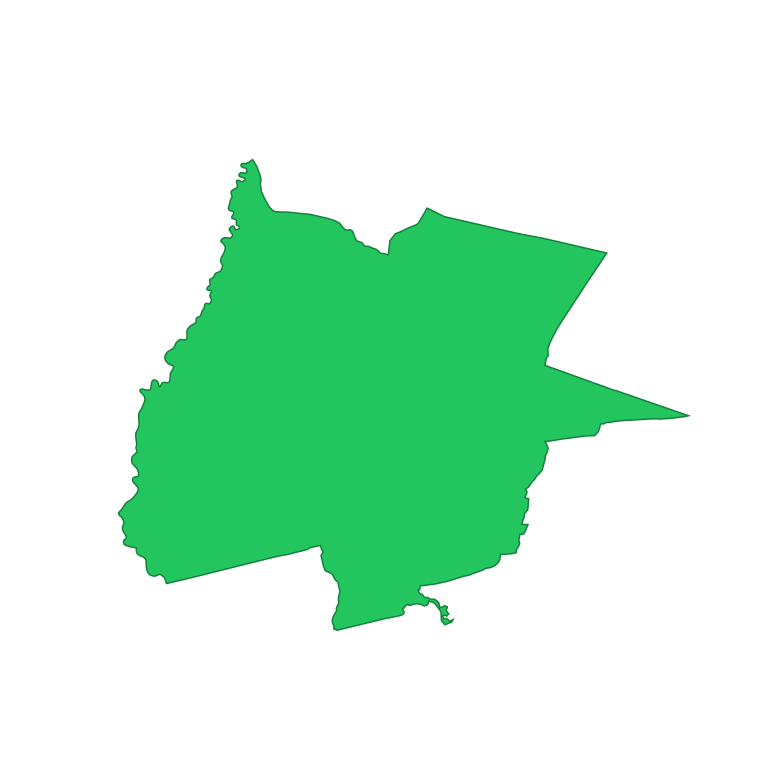 Milagro, Guayas, Ecuador, rotated 77°
{"feature_id": "8360857B82263990527647", "entity_name": "Milagro", "entity_type": "district", "adm_level": 2, "iso_a3": "ECU", "parent_name": "Ecuador", "parent_adm1": "Guayas", "projection": "albers", "projection_center": [-79.569, -2.106], "detail": "fine", "context": "isolated", "style": "filled", "palette": "green", "viewbox_px": 768, "rotation_deg": 77, "n_neighbors": 0, "source": "geoboundaries", "source_scale": "gbopen_adm2", "svg_char_len": 6168}
<svg xmlns="http://www.w3.org/2000/svg" viewBox="0 0 768 768"><g transform="rotate(77 384 384)"><path d="M311.0,142.2L306.5,137.5L277.7,196.4L267.8,219.0L234.5,287.5L222.3,302.4L233.7,313.0L235.2,314.7L236.0,316.3L237.5,325.5L239.6,334.9L240.1,339.0L246.0,346.3L248.0,346.7L259.2,350.9L258.5,352.4L257.7,353.0L256.7,355.1L256.1,357.4L255.4,358.6L253.3,359.3L250.7,361.7L249.1,364.5L246.4,368.1L245.9,369.3L245.8,370.8L245.2,371.7L243.7,372.7L241.2,373.6L239.7,376.5L238.6,377.8L236.6,378.9L234.7,379.4L229.3,380.0L227.5,380.6L226.0,382.3L225.9,385.4L224.9,387.1L222.0,388.9L217.4,391.0L214.2,394.6L209.7,402.1L202.2,417.6L195.1,438.4L192.8,447.3L191.2,452.0L189.2,453.9L185.2,456.1L175.9,458.8L169.1,460.1L162.3,459.6L158.7,458.7L157.6,457.9L152.6,457.8L143.1,459.1L136.7,461.2L135.7,461.7L137.8,466.5L138.1,469.5L137.3,471.9L137.5,473.2L138.1,474.0L139.6,474.2L141.1,473.1L142.8,470.0L144.8,469.5L146.8,470.1L147.6,471.3L146.0,475.3L146.0,476.4L146.9,478.0L148.3,478.5L149.1,478.3L152.1,473.7L152.8,473.3L153.5,473.5L154.8,475.2L155.1,476.0L154.8,477.1L152.6,480.0L152.6,481.5L153.0,481.9L154.1,482.3L157.1,482.1L159.0,482.6L159.9,483.8L161.1,488.4L162.2,489.7L163.7,490.1L166.7,489.8L168.0,490.2L169.9,492.1L177.8,496.1L179.6,495.9L180.8,494.6L181.5,492.7L182.6,491.9L184.0,492.1L186.9,494.7L188.1,495.0L188.8,494.3L190.1,491.8L191.0,491.2L192.0,491.1L195.5,492.0L196.0,491.8L197.6,489.9L198.6,489.6L199.4,489.8L200.1,490.8L200.7,493.1L200.6,493.4L199.8,494.1L197.3,494.6L196.4,495.0L196.0,496.2L196.3,497.5L197.4,499.3L198.3,499.9L199.6,499.8L203.8,498.2L205.0,498.2L206.1,498.8L206.9,499.9L207.2,501.5L205.6,505.8L205.6,506.9L206.1,509.0L207.3,510.5L208.4,510.8L212.9,508.1L215.5,507.9L219.3,509.8L224.2,514.0L226.3,515.3L227.4,515.6L231.8,514.8L232.9,514.9L234.6,515.7L237.1,517.8L237.6,519.0L237.7,520.8L238.3,523.2L239.3,524.4L241.6,526.0L242.9,530.0L243.8,530.6L247.8,530.8L248.8,531.9L250.0,534.2L251.3,535.2L252.3,535.1L253.3,534.0L253.8,531.6L254.1,531.3L255.2,531.4L257.7,533.4L259.2,533.9L263.5,533.2L265.5,534.4L266.2,535.1L266.4,536.4L265.5,538.8L265.5,539.5L266.1,540.7L270.1,542.5L271.0,543.8L272.4,545.1L276.2,547.4L276.8,548.2L277.0,550.5L277.7,551.9L278.0,552.3L281.4,553.2L282.1,553.9L283.9,559.8L286.2,562.9L288.1,564.1L294.3,565.4L296.0,566.5L296.3,567.5L296.2,568.6L294.9,571.8L295.2,574.4L297.4,577.6L300.0,579.4L301.2,580.6L302.4,582.7L303.7,587.1L305.1,589.2L306.4,590.4L308.5,591.5L309.4,591.6L310.8,591.7L312.5,591.4L315.8,589.6L318.8,585.6L319.9,585.2L321.0,585.5L325.7,589.9L332.0,591.6L333.7,592.8L334.1,594.3L332.8,598.5L332.8,599.4L333.4,600.4L336.2,602.8L336.3,603.3L335.1,603.7L331.8,603.8L330.6,604.2L329.1,605.2L328.6,606.1L328.3,608.0L328.6,608.8L330.0,609.9L336.1,612.4L336.6,612.8L336.9,613.6L336.9,615.8L334.6,620.4L334.4,622.0L335.0,623.0L336.1,623.4L337.1,623.0L339.7,621.3L342.9,620.2L344.6,620.3L346.7,620.9L353.5,625.7L355.7,628.1L358.1,629.7L359.5,630.2L369.2,631.9L371.7,633.3L375.9,636.8L378.3,637.5L387.6,638.6L389.9,639.9L390.6,640.1L394.4,639.8L395.2,640.6L397.9,645.4L398.8,646.1L401.3,647.1L404.7,647.2L409.5,644.5L412.0,643.4L415.1,643.1L417.3,643.5L418.3,644.0L418.7,645.4L418.6,648.9L419.4,649.9L420.2,650.4L421.5,650.6L423.2,650.4L429.4,647.1L430.5,647.0L432.6,647.7L435.0,649.7L438.7,654.5L439.8,656.3L441.1,660.5L442.3,662.7L447.4,668.1L449.2,670.9L450.4,671.9L452.0,671.6L455.1,669.5L456.6,669.0L458.2,668.5L460.0,668.6L460.9,668.8L465.1,671.2L466.4,671.5L469.1,671.2L474.9,669.3L476.0,669.9L477.8,672.4L478.7,673.1L479.7,673.5L481.8,673.2L483.5,671.4L485.6,667.7L487.9,662.3L492.2,663.0L494.3,662.4L495.5,661.5L499.0,656.9L500.7,655.8L501.7,655.6L503.6,655.6L506.0,656.4L509.9,656.8L513.0,656.8L515.4,656.2L516.8,655.4L518.1,654.1L519.5,651.4L519.7,650.1L519.0,645.8L519.5,644.6L521.7,642.5L523.7,641.3L529.5,640.8L529.4,616.1L528.0,535.0L528.0,524.0L528.4,516.6L528.0,495.8L526.9,492.8L526.8,491.6L527.0,482.6L527.9,482.1L530.7,482.1L533.5,481.3L534.0,481.4L536.9,483.9L547.4,484.0L551.9,483.5L553.3,482.7L555.1,479.9L556.7,478.2L558.1,477.2L564.2,475.4L566.3,473.7L567.8,473.4L570.3,473.7L575.9,473.5L581.8,476.5L587.3,477.4L591.7,480.8L594.4,481.3L597.4,484.2L600.4,486.6L602.4,487.5L603.5,487.8L607.5,487.6L608.2,487.2L610.8,487.8L611.0,487.3L611.5,487.8L613.4,485.0L612.8,437.1L613.3,421.3L613.0,418.0L612.2,416.3L610.8,415.7L607.4,416.4L606.8,415.1L604.0,411.2L605.5,409.0L605.3,403.0L605.9,400.0L607.1,397.5L608.8,395.5L609.3,394.3L609.3,392.9L608.8,391.2L608.0,390.4L605.5,389.4L608.7,384.1L618.6,379.7L627.7,381.3L632.3,378.8L631.1,371.3L629.1,369.8L629.6,371.4L629.5,373.6L629.3,374.1L627.4,374.9L626.7,375.7L626.2,378.5L625.9,378.9L623.4,378.9L623.0,378.3L623.1,376.2L624.4,375.2L623.2,374.0L622.7,372.6L619.3,374.2L617.3,373.8L616.1,372.7L615.1,372.5L614.5,374.0L613.6,375.1L614.5,377.1L614.5,379.8L609.4,379.8L607.4,381.2L605.3,383.0L604.9,383.7L604.1,387.5L601.8,389.3L601.5,391.6L600.7,392.7L597.5,394.1L596.8,395.6L594.8,396.9L592.2,397.1L592.0,396.8L592.6,395.9L591.9,395.1L589.9,394.6L588.7,394.0L589.1,392.4L590.4,379.0L590.5,366.3L589.5,353.6L589.8,353.4L589.5,352.7L589.3,348.6L589.4,343.7L588.9,341.4L587.3,328.5L586.5,327.1L586.8,321.3L586.1,317.3L585.0,315.0L583.5,312.8L581.1,310.6L576.0,308.7L576.9,305.9L578.0,298.6L578.1,293.0L576.5,292.8L574.5,291.6L572.2,289.2L569.9,287.7L566.2,287.7L563.3,286.3L560.8,285.4L561.5,282.9L561.4,281.5L560.4,280.4L553.4,275.3L551.6,281.5L545.2,277.4L543.4,276.8L541.6,275.7L539.3,272.7L538.6,272.2L535.2,271.0L528.3,268.9L527.1,271.3L526.2,272.3L522.9,269.7L521.2,269.0L518.1,269.7L517.0,266.5L512.3,261.2L510.5,258.3L507.6,255.6L507.0,254.2L504.2,250.1L503.0,249.0L492.8,243.6L490.3,243.1L488.0,240.9L483.7,238.5L478.8,239.2L476.2,240.1L476.9,235.0L477.7,222.6L480.0,198.9L481.8,190.1L481.0,189.8L479.4,186.7L476.4,184.3L473.9,183.2L471.6,181.5L472.3,178.8L471.5,175.8L472.4,171.5L472.3,167.9L473.4,159.4L477.7,134.0L479.4,125.4L480.1,123.7L482.2,110.7L483.4,97.9L483.4,94.5L442.4,159.8L442.0,161.1L436.5,169.5L435.5,170.4L435.3,171.4L402.0,223.0L394.8,219.7L393.8,217.8L386.6,216.4L382.0,213.6L376.3,209.2L369.7,203.4L365.5,199.4L329.6,162.1L311.1,142.3L311.5,142.0L311.0,142.2Z" fill="#22c55e" stroke="#15803d" stroke-width="1.5"/></g></svg>